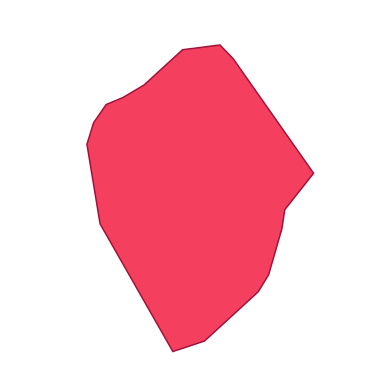 SVG path tracing the border of Grad, rotated 140°
{"feature_id": "SVN-202", "entity_name": "Grad", "entity_type": "Municipality", "adm_level": 1, "iso_a3": "SVN", "parent_name": "Slovenia", "parent_adm1": "", "projection": "robinson", "projection_center": [16.093, 46.798], "detail": "fine", "context": "isolated", "style": "filled", "palette": "rose", "viewbox_px": 384, "rotation_deg": 140, "n_neighbors": 0, "source": "natural_earth", "source_scale": "10m", "svg_char_len": 367}
<svg xmlns="http://www.w3.org/2000/svg" viewBox="0 0 384 384"><g transform="rotate(140 192 192)"><path d="M309.2,82.1L282.9,226.7L241.8,296.1L222.9,308.3L201.5,314.2L184.3,308.8L159.9,304.8L107.8,307.1L76.1,286.7L74.8,267.5L86.8,128.2L132.3,118.8L147.0,105.9L186.4,79.4L205.3,73.0L278.2,69.8L309.2,82.1Z" fill="#f43f5e" stroke="#9f1239" stroke-width="1.5"/></g></svg>